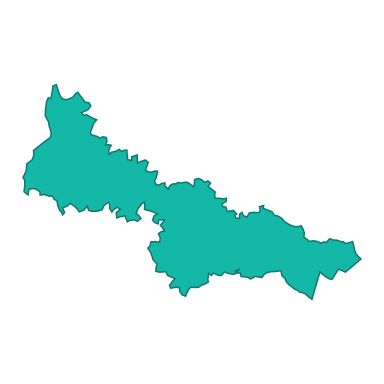 São Pedro do Iguaçu, Paraná, Brazil
{"feature_id": "56859067B95101539762084", "entity_name": "São Pedro do Iguaçu", "entity_type": "district", "adm_level": 2, "iso_a3": "BRA", "parent_name": "Brazil", "parent_adm1": "Paraná", "projection": "mercator", "projection_center": [-53.891, -24.887], "detail": "fine", "context": "isolated", "style": "filled", "palette": "teal", "viewbox_px": 384, "rotation_deg": 0, "n_neighbors": 0, "source": "geoboundaries", "source_scale": "gbopen_adm2", "svg_char_len": 3872}
<svg xmlns="http://www.w3.org/2000/svg" viewBox="0 0 384 384"><path d="M311.9,299.3L320.0,271.9L322.8,274.5L325.8,276.8L329.5,278.9L331.9,279.4L338.5,269.1L342.4,270.7L345.3,272.2L361.0,259.0L358.4,256.6L355.8,253.6L354.8,250.8L354.2,247.6L352.6,241.6L348.3,242.9L345.6,243.7L343.5,241.8L340.0,241.4L336.6,240.1L333.4,240.1L329.6,238.7L326.5,242.4L323.7,241.9L320.9,243.2L318.0,241.6L313.3,240.8L309.4,241.4L306.6,239.1L303.9,237.0L304.3,232.9L303.1,229.3L301.3,225.8L297.8,226.7L295.3,226.7L290.2,225.1L286.2,222.7L283.9,221.1L282.1,218.5L279.9,217.2L277.3,215.8L274.4,215.4L272.0,211.7L268.6,210.4L263.2,208.4L263.6,205.5L259.5,206.7L260.3,210.8L258.4,212.7L252.8,212.4L249.3,213.0L247.0,217.0L243.5,215.7L242.0,212.4L239.7,214.0L239.4,218.4L236.3,218.2L234.5,215.8L236.7,214.0L233.4,210.4L227.4,211.5L225.8,207.0L223.1,206.8L221.8,204.1L226.3,201.3L226.3,198.3L223.5,198.9L219.5,198.3L215.2,198.3L214.6,195.2L215.2,192.0L208.1,186.5L210.6,183.1L207.9,180.9L204.4,182.4L201.8,179.8L198.3,178.4L194.7,179.5L194.3,183.6L193.6,186.9L188.9,183.1L186.0,182.1L181.4,183.0L178.1,182.5L175.8,183.9L172.6,183.9L169.8,185.7L168.3,189.0L164.9,185.9L165.0,183.0L162.1,183.3L158.4,185.3L155.5,183.8L154.5,180.9L156.2,177.5L157.7,171.2L154.7,171.0L151.7,172.1L148.5,172.0L145.5,170.2L146.8,166.4L148.2,162.3L145.2,160.0L141.4,161.3L137.5,162.9L137.3,159.6L137.2,155.0L131.6,156.8L131.6,160.6L127.5,159.5L127.5,156.4L126.9,153.2L127.0,150.2L124.1,150.2L121.7,151.5L119.1,149.3L115.9,151.3L111.6,152.2L109.3,154.4L108.7,151.6L109.3,148.3L111.2,145.3L108.5,144.7L105.4,145.1L106.9,141.5L106.3,137.5L102.8,136.8L100.1,138.2L97.4,136.5L91.2,134.8L90.4,131.9L92.1,127.9L93.6,123.4L96.7,119.8L93.7,118.6L89.2,116.4L86.5,114.6L83.8,115.5L81.4,112.7L88.0,109.7L90.8,105.8L89.0,102.8L85.1,102.2L77.8,92.3L75.6,93.7L73.1,97.1L70.4,98.3L66.0,99.8L63.1,99.0L60.6,96.8L59.2,93.4L56.3,84.7L53.0,86.0L52.1,92.4L50.8,98.7L48.3,97.7L46.4,102.0L45.7,108.5L45.2,115.2L46.7,118.6L48.6,121.9L49.2,126.2L50.4,129.9L51.3,133.7L50.5,137.4L43.2,142.7L33.5,150.5L33.8,155.2L32.3,159.6L30.3,161.3L26.9,163.7L26.3,170.3L24.9,173.7L23.0,177.4L24.7,180.2L24.8,185.4L24.0,191.7L28.0,194.9L28.9,189.4L32.1,188.7L35.4,188.8L39.9,191.6L40.2,195.1L44.3,194.5L49.1,196.2L52.5,195.9L53.9,199.0L57.1,201.0L57.6,205.1L59.6,210.3L61.5,212.1L62.6,214.9L64.6,212.5L62.6,207.9L67.1,206.1L70.3,203.5L74.0,205.8L75.9,207.4L79.3,211.9L84.1,210.0L87.1,206.1L88.7,210.4L91.7,211.3L97.1,211.2L102.1,209.8L103.9,205.6L108.7,202.0L109.7,204.8L109.5,208.3L111.9,212.1L113.4,209.8L117.1,207.2L120.3,209.4L116.2,212.7L116.8,217.9L120.2,216.7L125.0,215.9L127.3,221.8L130.0,220.5L133.9,219.8L137.4,221.3L141.0,218.4L138.7,215.5L136.2,213.5L138.2,208.2L142.1,203.5L144.1,201.9L144.8,205.1L144.5,209.4L147.6,210.3L152.0,211.4L157.2,213.9L153.9,216.1L152.6,220.2L154.7,222.5L158.1,223.9L158.8,219.8L164.5,219.9L162.7,222.7L160.3,225.3L162.2,227.2L164.4,231.1L161.1,231.7L158.4,233.8L160.3,237.9L159.6,242.2L155.3,241.6L150.8,241.9L150.2,245.6L147.8,248.2L150.5,252.1L152.1,256.6L153.0,259.6L157.1,264.1L156.0,268.2L155.9,271.3L159.5,272.2L165.9,271.7L167.5,275.4L172.1,277.4L175.1,278.6L172.9,280.7L171.1,283.2L169.5,285.3L170.6,288.2L176.2,287.2L179.6,287.8L179.8,291.5L182.0,294.8L185.6,296.2L186.8,293.2L188.8,289.1L190.9,287.2L194.9,287.5L198.6,287.3L201.4,285.2L204.6,284.1L208.4,282.1L207.7,279.2L208.4,276.2L208.7,273.3L211.4,275.5L213.4,273.0L218.1,275.3L221.2,275.6L224.5,271.9L228.0,273.4L233.7,274.3L237.2,272.8L240.4,273.1L241.0,276.6L243.7,276.7L247.8,277.4L250.7,279.0L255.2,276.4L258.8,277.1L261.8,277.5L264.8,273.7L267.7,272.3L271.8,271.6L275.1,271.6L278.3,271.0L281.0,270.8L281.9,275.7L285.1,278.5L286.1,281.5L288.9,284.6L291.8,286.8L294.4,289.0L297.4,290.3L299.3,292.0L302.5,292.7L305.4,293.9L309.0,297.2L311.9,299.3ZM237.2,272.8L235.0,271.2L238.7,269.5L237.2,272.8Z" fill="#14b8a6" stroke="#0f766e" stroke-width="1.5"/></svg>